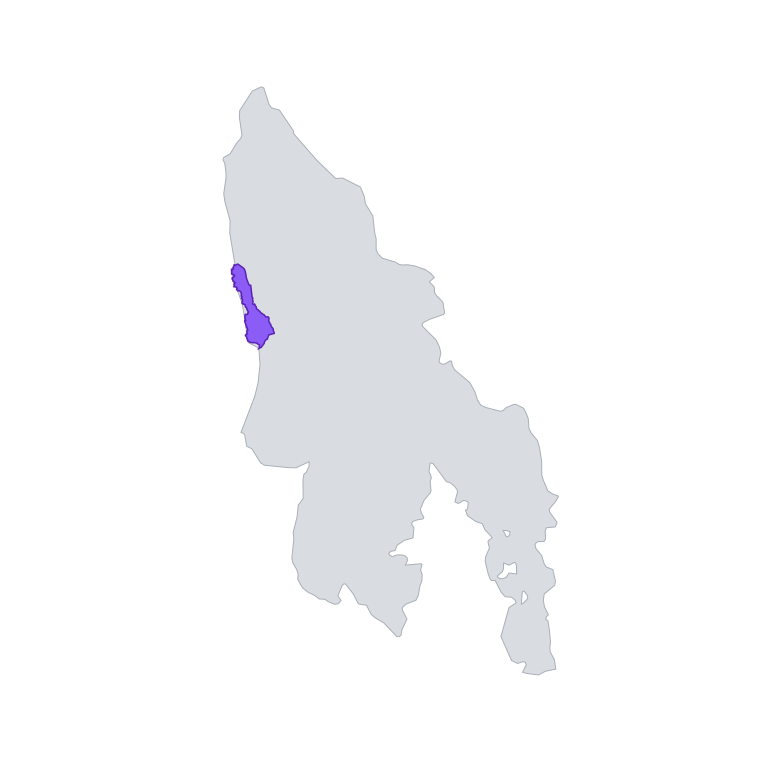 Kemin, Chuy, Kyrgyzstan (highlighted), rotated 259°
{"feature_id": "92254566B21281891478391", "entity_name": "Kemin", "entity_type": "district", "adm_level": 2, "iso_a3": "KGZ", "parent_name": "Kyrgyzstan", "parent_adm1": "Chuy", "projection": "orthographic", "projection_center": [76.498, 42.781], "detail": "fine", "context": "in_parent", "style": "filled", "palette": "violet", "viewbox_px": 768, "rotation_deg": 259, "n_neighbors": 0, "source": "geoboundaries", "source_scale": "gbopen_adm2", "svg_char_len": 8886}
<svg xmlns="http://www.w3.org/2000/svg" viewBox="0 0 768 768"><g transform="rotate(259 384 384)"><path d="M170.7,451.9L172.7,450.8L178.7,450.0L190.8,449.5L194.9,450.7L202.9,456.2L209.2,455.9L210.4,456.7L212.5,461.0L221.6,455.3L228.1,453.8L231.6,447.8L238.8,440.8L244.7,439.9L244.7,441.1L245.8,442.3L251.6,444.2L253.5,442.4L254.6,439.8L252.8,435.4L252.8,433.6L254.8,431.1L264.1,435.6L266.2,435.6L270.6,433.5L274.7,429.7L276.3,426.6L296.1,417.2L297.5,415.4L297.3,414.1L289.3,411.4L285.6,412.5L282.2,412.4L280.2,410.8L270.4,409.8L268.3,408.7L262.1,401.0L254.3,395.9L250.4,396.0L245.6,397.7L244.2,396.7L244.2,389.8L243.4,385.5L240.7,384.4L237.1,385.9L227.3,383.1L226.7,374.3L223.4,366.4L218.4,363.0L218.4,358.4L216.7,356.3L215.1,356.8L213.0,359.0L213.7,364.2L212.7,369.2L211.4,371.7L209.0,373.5L206.4,373.4L202.1,370.5L200.5,386.0L199.6,386.9L194.4,384.4L190.0,385.1L183.7,383.7L179.1,380.8L169.9,377.3L165.7,374.2L163.7,363.6L161.4,359.7L159.0,358.8L148.9,361.7L139.2,354.6L134.3,352.9L133.1,350.9L133.5,348.5L149.7,338.1L156.3,330.6L160.3,327.5L170.2,324.6L172.8,317.4L173.7,316.7L183.7,313.8L195.0,308.1L195.4,306.3L194.4,304.7L184.9,298.2L179.8,300.6L177.0,297.0L177.2,293.5L180.9,287.8L183.9,284.9L185.4,279.3L189.6,275.7L194.0,269.8L199.3,265.2L208.6,262.0L213.6,263.5L218.5,262.9L226.0,260.3L230.6,260.3L249.4,266.0L255.6,266.5L270.1,273.3L281.6,276.8L287.0,282.8L305.5,286.2L310.6,288.1L312.3,291.0L317.5,294.7L322.0,295.7L318.5,281.6L320.4,273.4L327.1,251.1L330.3,247.8L345.6,241.9L349.2,237.3L360.0,237.6L362.3,236.9L363.6,234.3L396.6,254.8L409.2,260.6L426.7,266.0L441.6,267.8L444.2,266.7L450.2,259.0L453.0,258.7L489.9,260.2L516.4,256.0L520.2,256.2L530.1,260.5L561.4,261.4L573.7,264.1L593.1,262.6L601.4,263.0L616.3,268.2L621.5,269.2L631.2,269.8L634.9,268.7L637.0,269.9L639.3,276.9L648.8,285.5L652.3,290.2L655.8,292.1L673.3,292.9L679.9,294.5L696.7,310.6L699.1,320.4L697.6,322.5L680.5,324.5L676.6,326.2L672.8,333.6L650.0,343.3L646.5,343.3L616.0,361.0L594.9,375.8L594.1,382.6L581.8,398.4L572.3,400.4L564.3,400.2L551.0,405.1L534.1,403.7L528.3,404.0L517.1,401.9L512.6,403.1L507.9,406.3L501.3,418.7L498.6,421.6L497.4,424.4L496.4,430.4L493.9,436.8L488.3,446.5L483.5,451.0L479.0,453.8L475.6,447.9L469.7,451.9L464.3,451.1L460.9,452.3L453.3,457.4L442.1,457.1L440.9,455.3L438.8,441.2L436.9,434.4L435.4,432.9L433.4,432.7L417.2,443.6L409.7,445.5L403.6,445.7L395.7,442.3L393.9,443.0L392.5,444.8L391.9,447.1L394.1,453.4L393.4,454.7L389.8,454.5L384.7,455.8L369.0,468.5L359.2,471.7L350.1,472.8L344.6,475.0L341.4,479.7L335.0,493.0L335.2,495.8L337.6,499.5L339.2,507.7L338.7,509.8L333.6,516.4L327.3,518.2L322.4,519.0L313.0,517.8L308.2,519.0L299.1,523.8L291.8,524.5L278.0,524.0L264.5,521.5L260.0,521.9L247.9,524.4L243.6,528.9L241.2,533.2L240.0,533.7L235.4,529.5L229.7,522.3L226.6,522.2L215.6,527.3L214.0,527.0L211.0,524.7L211.9,516.0L208.5,514.0L201.2,513.1L198.8,511.0L199.9,505.4L199.2,503.2L197.4,501.5L193.6,501.7L185.7,506.0L176.6,507.0L173.5,508.3L169.6,514.3L157.6,514.7L153.8,513.1L147.3,501.2L141.3,499.1L134.9,499.0L126.2,501.3L124.3,498.8L122.2,497.9L120.1,499.8L109.6,499.3L99.0,498.2L93.0,496.3L89.1,496.1L81.0,498.6L71.4,498.3L71.2,487.6L68.9,480.2L72.7,468.7L74.6,465.0L81.4,470.1L84.0,469.5L84.9,467.3L84.2,461.9L88.2,456.4L113.8,450.6L140.7,464.1L143.9,471.9L146.3,471.7L150.4,468.6L152.0,462.4L157.6,459.1L169.8,455.7L170.7,451.9ZM183.4,478.9L184.0,477.8L182.3,472.2L185.4,467.2L179.8,466.0L177.0,464.3L174.1,458.9L173.1,458.6L171.3,459.9L170.2,463.2L170.8,467.0L174.6,470.7L172.2,477.9L180.5,479.4L183.4,478.9ZM154.0,482.0L153.9,480.4L152.0,479.6L141.7,476.8L142.0,478.3L145.7,484.0L148.7,484.5L154.0,482.0ZM216.7,476.5L217.5,473.1L211.1,474.8L210.3,476.4L212.3,478.7L215.0,479.6L216.7,476.5Z" fill="#d9dde1" stroke="#a8b0b8" stroke-width="1"/><path d="M454.6,285.9L455.3,286.1L456.5,285.7L456.9,285.6L459.2,285.7L459.7,285.6L459.9,285.5L461.5,284.6L462.3,284.2L463.9,284.2L464.3,284.1L464.8,283.7L465.1,283.5L465.9,283.5L466.9,283.1L467.6,282.9L468.3,283.0L470.3,283.6L470.9,283.6L471.5,283.4L472.1,282.9L472.1,282.1L472.3,281.4L472.5,280.8L472.8,280.4L473.9,280.1L474.8,279.4L475.3,278.9L475.6,278.5L476.2,277.9L476.7,277.6L477.2,277.0L477.6,276.5L478.9,276.1L479.3,275.6L479.8,275.2L480.4,274.9L480.9,274.6L481.3,274.0L481.8,273.5L482.3,273.1L482.6,273.1L483.2,273.2L483.7,273.4L484.1,273.3L484.8,272.9L485.2,272.6L485.6,272.5L485.9,272.5L486.7,272.5L487.2,272.2L487.2,271.9L487.0,271.4L487.0,271.0L487.4,270.6L487.8,270.4L488.4,270.5L489.6,271.2L490.2,271.2L491.7,271.1L492.6,271.3L493.4,271.6L494.1,271.4L494.7,271.1L506.3,272.0L507.0,270.4L513.6,269.2L518.5,269.3L521.5,269.2L522.5,269.0L524.0,268.6L524.6,268.1L529.4,263.7L529.6,263.2L529.6,262.8L529.4,262.1L528.9,260.7L529.4,260.2L529.4,259.9L529.5,259.7L529.4,259.4L529.2,259.4L528.9,259.4L528.7,259.4L528.6,259.2L528.4,259.1L528.1,258.9L527.8,258.5L527.6,258.4L527.2,258.2L527.0,257.9L526.9,257.9L526.5,258.1L526.3,258.2L525.9,258.2L525.7,258.1L525.4,257.8L525.4,257.7L525.5,257.5L525.7,257.3L525.5,256.7L525.6,256.4L525.7,256.2L524.6,256.0L524.4,256.1L524.2,256.2L524.0,256.3L523.9,256.3L523.7,256.1L523.5,255.9L523.4,255.8L522.9,255.9L522.7,255.9L522.3,255.8L522.2,255.6L521.7,255.4L521.5,255.5L521.3,255.8L521.2,255.8L520.8,255.7L520.5,255.7L520.5,255.8L520.5,256.0L520.4,256.6L520.0,257.0L520.0,257.3L519.3,257.9L519.2,258.0L518.9,258.0L518.9,257.6L518.5,257.6L518.2,257.4L518.2,257.0L517.8,256.7L517.7,256.6L517.7,256.3L517.6,256.2L517.4,255.8L517.4,255.7L517.3,255.3L517.0,255.1L516.8,255.2L516.7,255.1L516.2,255.4L515.7,255.0L515.2,255.2L514.8,255.4L514.7,255.5L514.3,255.5L514.1,255.5L514.0,255.4L513.9,255.4L513.6,255.5L513.5,255.8L513.4,256.1L512.9,256.4L512.5,256.6L512.4,256.5L512.3,256.3L512.2,256.2L511.8,256.1L511.7,256.2L511.6,256.3L511.5,256.6L511.4,256.3L511.3,256.2L511.1,256.1L510.9,256.1L510.7,256.0L510.5,255.8L510.4,255.9L510.2,256.2L509.8,256.1L509.6,256.1L509.4,255.9L508.9,255.7L508.7,255.5L508.7,255.4L508.5,255.2L508.0,255.3L507.9,255.4L507.9,255.6L507.9,255.8L508.0,256.1L508.0,256.3L507.9,256.5L507.5,256.9L507.4,257.2L507.3,257.4L507.0,257.6L506.6,257.6L506.2,257.9L506.1,258.1L505.9,258.0L505.5,257.5L504.9,257.3L504.3,257.7L503.9,257.8L503.6,257.9L503.4,258.1L503.2,258.4L503.5,258.8L503.5,259.0L503.4,259.2L503.3,259.3L503.3,259.7L503.2,260.0L502.9,260.1L502.6,260.3L502.2,260.4L502.1,260.6L501.9,260.9L501.6,261.0L501.3,261.0L501.1,261.1L501.0,261.3L500.1,261.2L499.8,261.2L499.7,261.0L499.2,260.9L498.9,260.9L498.7,261.0L498.4,261.0L497.9,260.8L497.9,260.7L497.7,260.6L497.6,260.8L497.3,261.0L496.9,261.0L496.7,261.2L495.9,260.7L495.6,260.6L495.4,260.6L495.2,260.4L495.0,260.5L494.9,260.8L494.7,261.0L494.3,261.0L494.2,261.1L493.6,261.2L493.4,261.0L493.3,260.9L492.9,261.0L492.6,261.0L492.4,260.8L492.2,260.9L492.0,260.7L491.6,260.4L491.3,260.2L490.9,260.1L490.7,260.0L490.4,260.2L489.9,260.2L489.7,260.3L489.7,260.5L489.6,260.9L489.6,261.2L489.3,261.4L489.1,261.4L489.0,261.7L488.8,262.1L488.7,262.4L488.7,262.5L488.2,262.8L488.0,262.7L487.5,262.6L487.4,262.7L487.1,262.8L486.9,262.8L486.7,262.9L486.3,262.7L486.1,262.7L485.9,262.8L485.8,263.2L485.7,263.3L485.0,263.6L484.7,263.6L484.4,263.6L484.2,263.7L483.6,263.5L483.4,263.5L483.0,263.8L482.7,263.9L482.5,264.0L482.3,264.2L482.0,264.2L481.8,264.1L481.7,264.1L481.3,264.3L481.2,264.5L480.8,264.6L480.4,264.4L480.0,264.4L479.8,263.9L479.7,263.8L479.0,263.7L478.7,263.6L478.5,263.4L478.6,263.2L478.5,262.8L478.4,262.6L478.4,262.1L478.7,261.9L478.8,261.7L478.8,261.3L478.7,261.2L478.5,260.8L478.0,260.8L477.7,260.7L477.4,260.6L477.1,260.5L477.0,260.4L476.7,260.4L476.4,260.2L476.2,260.2L475.8,260.1L475.5,260.2L475.3,260.1L475.1,260.1L474.5,260.1L474.0,260.0L473.7,260.2L473.1,260.3L472.9,260.4L472.8,260.2L472.7,259.5L472.6,259.3L472.4,259.3L472.1,259.2L471.6,259.3L471.4,259.4L470.8,259.4L470.5,259.5L469.9,259.6L469.2,259.7L468.7,259.8L468.3,259.9L468.1,259.7L467.8,259.8L467.6,259.9L467.3,259.8L467.1,259.9L466.9,260.1L466.7,260.2L466.4,260.1L466.1,259.9L465.8,259.9L465.7,259.9L465.5,260.1L465.2,260.4L464.8,260.3L464.7,260.3L464.3,260.3L464.1,260.5L463.9,260.5L463.4,260.7L463.1,260.6L462.9,260.4L462.9,260.1L462.7,259.9L462.4,259.8L462.3,259.7L462.2,259.6L461.9,259.5L461.8,259.4L461.5,259.4L461.2,259.4L460.9,259.3L459.9,259.3L459.4,259.0L459.1,259.1L459.0,258.9L459.2,258.5L459.1,258.2L458.8,257.9L458.7,257.8L458.5,257.5L458.4,257.3L458.0,257.3L457.7,257.3L457.6,257.5L457.4,257.5L457.2,257.8L456.7,257.8L456.0,258.2L455.3,258.2L455.2,258.1L454.9,258.2L454.7,258.2L454.1,258.3L453.9,258.3L453.6,258.3L453.4,258.3L453.2,258.5L452.9,258.7L452.7,258.7L452.4,258.5L452.1,258.5L451.7,259.1L451.4,259.6L450.8,260.1L450.0,261.5L449.5,263.5L449.2,264.9L448.6,266.5L447.9,267.2L447.5,267.7L447.3,267.8L446.1,269.2L445.8,269.2L444.6,268.7L444.3,268.7L443.7,268.6L442.7,267.9L443.5,270.6L446.7,274.1L448.2,274.7L449.9,276.5L450.4,278.2L452.6,279.2L454.1,280.2L454.6,285.9Z" fill="#8b5cf6" stroke="#5b21b6" stroke-width="1.5"/></g></svg>